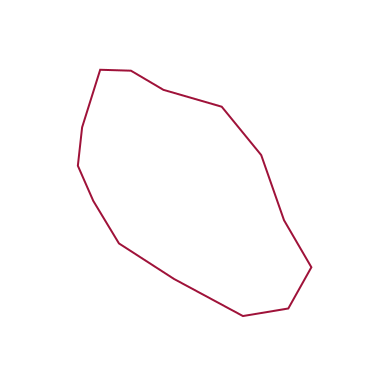 an SVG outline of Chiayi City, rotated 218°
{"feature_id": "TWN-1171", "entity_name": "Chiayi City", "entity_type": "Provincial City", "adm_level": 1, "iso_a3": "TWN", "parent_name": "Taiwan", "parent_adm1": "", "projection": "albers", "projection_center": [120.447, 23.481], "detail": "fine", "context": "isolated", "style": "outline", "palette": "rose", "viewbox_px": 384, "rotation_deg": 218, "n_neighbors": 0, "source": "natural_earth", "source_scale": "10m", "svg_char_len": 343}
<svg xmlns="http://www.w3.org/2000/svg" viewBox="0 0 384 384"><g transform="rotate(218 192 192)"><path d="M217.9,106.5L264.3,124.2L298.1,142.4L318.4,175.3L339.6,231.8L314.8,250.0L277.4,254.9L221.1,277.5L160.2,263.7L102.1,226.4L51.6,206.2L44.4,159.5L75.5,125.6L152.6,112.4L217.9,106.5Z" fill="none" stroke="#9f1239" stroke-width="2"/></g></svg>